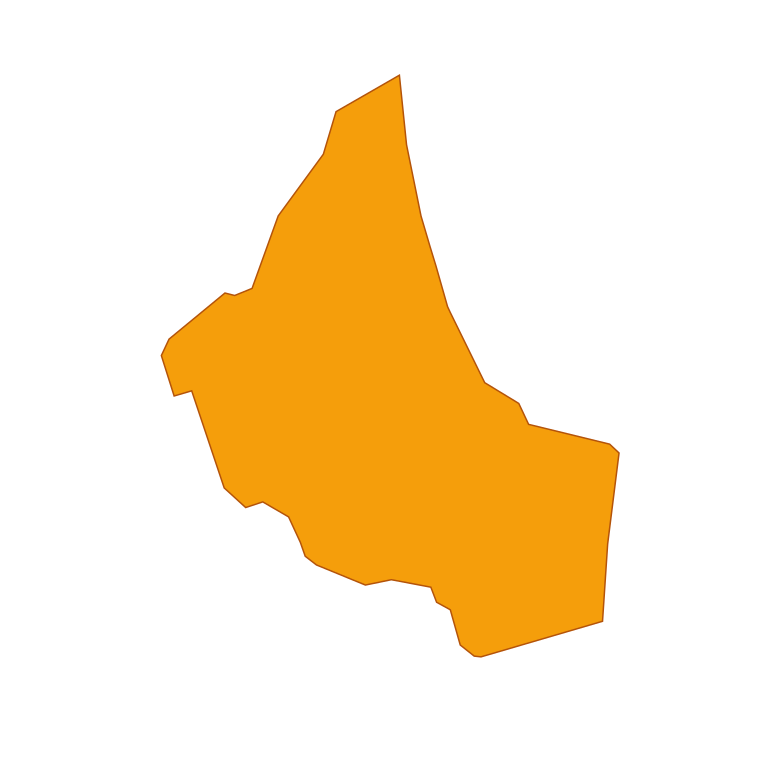 St. Charles, Louisiana, United States of America (Albers equal-area conic projection), rotated 343°
{"feature_id": "52423323B77626952716253", "entity_name": "St. Charles", "entity_type": "district", "adm_level": 2, "iso_a3": "USA", "parent_name": "United States of America", "parent_adm1": "Louisiana", "projection": "albers", "projection_center": [-90.368, 29.928], "detail": "fine", "context": "isolated", "style": "filled", "palette": "amber", "viewbox_px": 768, "rotation_deg": 343, "n_neighbors": 0, "source": "geoboundaries", "source_scale": "gbopen_adm2", "svg_char_len": 661}
<svg xmlns="http://www.w3.org/2000/svg" viewBox="0 0 768 768"><g transform="rotate(343 384 384)"><path d="M489.0,93.2L417.8,109.5L393.2,146.5L332.0,192.3L285.8,254.0L267.1,255.7L258.5,250.5L191.6,278.2L179.4,291.7L179.8,334.1L198.1,334.3L200.8,436.7L215.6,461.7L233.6,461.3L253.9,483.2L257.7,510.9L258.3,525.7L266.5,537.3L307.4,570.8L333.8,573.3L369.4,592.0L370.5,608.1L381.4,619.3L380.6,655.9L390.7,670.6L397.0,673.3L523.6,674.8L551.1,602.4L588.6,518.7L582.2,507.5L510.5,464.9L507.2,442.0L480.7,412.2L468.2,334.4L467.4,328.6L468.2,286.5L468.2,265.8L468.5,235.0L468.5,234.2L475.5,161.8L489.0,93.2Z" fill="#f59e0b" stroke="#b45309" stroke-width="1.5"/></g></svg>